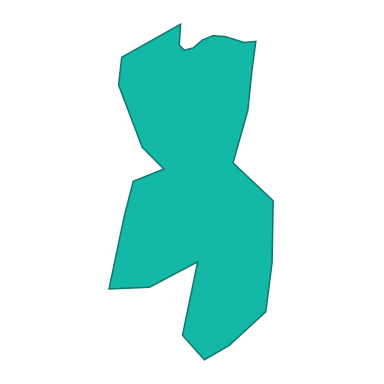 an SVG outline of Salaspils, rotated 271°
{"feature_id": "LVA-5775", "entity_name": "Salaspils", "entity_type": "Municipality", "adm_level": 1, "iso_a3": "LVA", "parent_name": "Latvia", "parent_adm1": "", "projection": "natural_earth1", "projection_center": [24.344, 56.878], "detail": "fine", "context": "isolated", "style": "filled", "palette": "teal", "viewbox_px": 384, "rotation_deg": 271, "n_neighbors": 0, "source": "natural_earth", "source_scale": "10m", "svg_char_len": 501}
<svg xmlns="http://www.w3.org/2000/svg" viewBox="0 0 384 384"><g transform="rotate(271 192 192)"><path d="M122.3,198.9L96.0,151.1L93.6,110.7L167.6,124.9L201.7,133.1L214.5,163.4L235.9,141.4L297.8,116.7L325.5,119.4L359.6,177.7L338.6,176.7L333.6,182.0L336.2,190.9L344.2,199.9L348.7,210.4L347.9,222.7L342.4,241.5L343.7,253.2L315.4,249.9L274.6,246.4L221.8,232.5L184.6,273.3L122.7,273.3L73.5,267.8L39.4,232.0L24.4,207.3L48.6,185.0L122.3,198.9Z" fill="#14b8a6" stroke="#0f766e" stroke-width="1.5"/></g></svg>